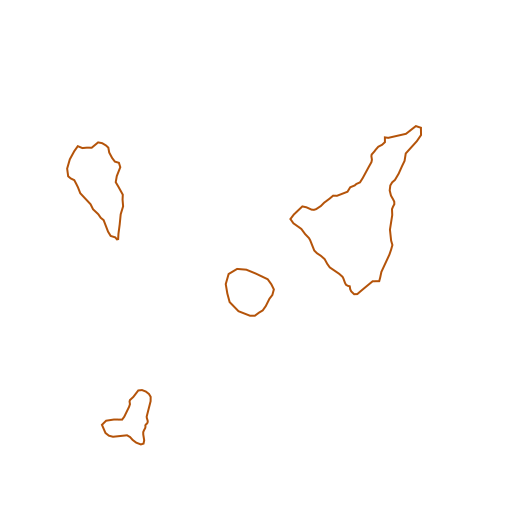 the border of Santa Cruz de Tenerife, rotated 345°
{"feature_id": "ESP-5842", "entity_name": "Santa Cruz de Tenerife", "entity_type": "Autonomous Community", "adm_level": 1, "iso_a3": "ESP", "parent_name": "Spain", "parent_adm1": "", "projection": "equal_earth", "projection_center": [-17.219, 28.249], "detail": "fine", "context": "isolated", "style": "outline", "palette": "amber", "viewbox_px": 512, "rotation_deg": 345, "n_neighbors": 0, "source": "natural_earth", "source_scale": "10m", "svg_char_len": 2380}
<svg xmlns="http://www.w3.org/2000/svg" viewBox="0 0 512 512"><g transform="rotate(345 256 256)"><path d="M390.6,280.7L388.1,284.9L385.2,289.2L373.0,303.8L370.3,309.1L368.5,312.2L362.1,310.6L351.8,315.3L347.5,317.3L344.0,319.0L340.9,318.3L338.8,314.8L338.4,312.5L338.7,309.5L337.0,308.6L335.5,307.1L335.0,305.0L334.6,300.3L334.2,298.5L331.7,294.7L324.3,286.1L322.8,282.1L321.5,276.8L318.7,272.6L315.6,269.1L313.7,265.8L312.4,254.7L311.8,252.4L309.1,247.5L306.8,241.6L300.6,234.1L298.8,229.2L303.3,225.7L313.6,220.1L317.3,222.0L321.7,225.6L323.9,226.4L326.2,226.3L331.6,224.5L335.7,222.1L341.8,219.7L346.1,217.7L349.8,218.8L357.3,218.0L361.0,217.6L364.8,214.0L369.6,213.4L371.6,212.4L375.5,211.8L379.3,208.3L388.1,199.0L391.8,195.2L392.9,193.0L393.3,189.4L394.0,187.9L397.5,185.6L399.1,184.3L402.4,182.1L406.6,181.2L410.0,179.4L411.2,174.8L414.3,176.1L432.5,176.8L444.0,171.9L448.5,174.8L446.7,181.9L441.1,186.7L427.2,195.7L424.1,202.6L420.3,207.0L415.1,213.4L409.9,218.5L406.6,220.1L404.0,222.6L402.1,227.3L402.0,232.6L403.1,236.8L403.6,239.3L403.0,241.8L401.2,243.7L399.5,245.9L398.2,251.7L392.2,265.2L390.5,276.1L390.6,280.7ZM141.4,113.1L141.0,118.1L142.4,124.1L144.1,128.3L147.7,130.5L147.9,135.1L142.2,142.8L139.6,148.4L141.0,153.4L143.2,162.3L141.7,167.0L140.5,173.6L136.1,180.7L132.4,190.5L128.9,198.9L127.2,204.0L126.0,204.0L124.9,201.6L120.8,199.0L119.4,194.2L118.1,181.9L115.9,178.9L114.5,174.9L110.7,168.7L109.6,163.2L102.5,149.9L101.8,143.6L101.0,139.6L100.1,135.7L97.1,133.1L95.2,130.4L96.2,122.7L101.2,114.4L107.6,107.7L112.3,103.8L116.2,106.8L120.8,107.6L125.3,108.9L132.9,105.4L136.6,107.2L139.7,110.4L141.4,113.1ZM224.9,266.3L234.4,263.6L243.1,266.7L251.1,272.8L261.3,281.5L263.5,287.3L264.6,292.9L261.7,297.9L258.0,300.7L252.5,306.9L248.4,310.3L244.2,311.5L239.4,313.4L234.7,312.1L224.8,304.8L218.6,293.7L218.6,284.8L219.5,275.3L224.9,266.3ZM107.5,355.4L111.2,356.0L114.5,358.4L116.9,361.6L117.8,364.8L116.6,369.0L108.8,382.9L108.6,384.4L108.7,386.0L108.7,387.5L108.1,388.9L107.2,389.7L106.1,390.2L105.3,390.9L105.0,392.5L104.3,393.7L102.9,395.1L101.5,396.9L100.9,399.2L100.3,405.1L98.8,408.1L96.0,408.2L92.0,405.3L89.2,401.7L87.5,398.3L85.0,395.8L71.1,393.6L67.4,391.5L64.8,388.0L63.5,379.2L68.6,376.3L76.6,377.2L84.3,379.4L87.1,377.2L94.4,368.8L95.9,366.5L96.2,363.8L97.0,362.5L101.0,360.4L107.5,355.4Z" fill="none" stroke="#b45309" stroke-width="2"/></g></svg>